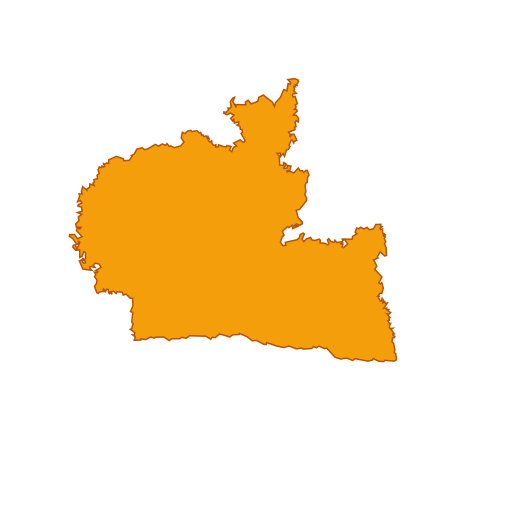 O.R.Tambo, Eastern Cape, South Africa (Albers equal-area conic projection), rotated 49°
{"feature_id": "47623444B2401151093158", "entity_name": "O.R.Tambo", "entity_type": "district", "adm_level": 2, "iso_a3": "ZAF", "parent_name": "South Africa", "parent_adm1": "Eastern Cape", "projection": "albers", "projection_center": [29.004, -31.416], "detail": "fine", "context": "isolated", "style": "filled", "palette": "amber", "viewbox_px": 512, "rotation_deg": 49, "n_neighbors": 0, "source": "geoboundaries", "source_scale": "gbopen_adm2", "svg_char_len": 6133}
<svg xmlns="http://www.w3.org/2000/svg" viewBox="0 0 512 512"><g transform="rotate(49 256 256)"><path d="M150.9,108.8L147.6,110.3L143.7,116.2L148.0,116.2L148.9,117.4L146.9,118.6L151.6,124.3L148.6,125.9L152.3,133.4L153.2,141.1L155.2,143.9L150.5,142.7L139.3,144.9L138.1,149.8L140.5,153.2L138.0,159.9L133.2,159.8L132.9,163.1L135.2,164.5L128.4,172.0L130.9,173.5L124.4,172.2L122.2,168.1L121.6,170.0L122.6,174.1L127.1,176.9L127.4,178.6L126.0,180.1L127.6,180.6L128.0,184.2L126.2,185.8L127.1,186.6L130.5,185.2L131.2,181.6L135.2,180.2L135.5,184.8L138.8,185.1L138.4,183.3L141.5,185.2L143.4,181.0L145.3,183.0L144.7,184.4L147.7,183.1L150.0,184.7L151.3,183.6L153.8,185.1L153.6,186.9L161.7,188.4L162.3,190.1L161.3,191.3L157.9,191.7L156.1,198.9L160.2,198.5L159.2,201.8L161.4,205.8L158.6,206.5L157.0,203.0L153.6,205.3L154.0,206.9L152.3,208.6L147.5,211.4L148.6,212.9L147.2,215.0L145.7,213.3L145.0,215.2L142.7,215.6L139.9,213.9L139.8,216.0L137.9,216.2L137.1,214.5L134.4,213.9L135.4,215.5L132.6,214.9L131.5,217.1L129.8,216.6L129.3,217.8L126.4,216.7L125.7,218.2L122.7,218.3L119.8,223.1L118.5,222.7L116.9,225.1L117.0,229.3L114.3,230.4L117.9,235.0L122.7,235.6L123.5,240.7L120.6,246.6L116.9,248.2L116.4,249.6L112.8,249.4L113.0,251.8L109.9,253.2L109.2,257.4L105.7,258.9L104.0,268.1L102.3,270.4L99.6,270.9L97.2,276.0L99.2,281.0L98.4,284.2L99.4,284.1L100.7,288.8L97.3,293.3L95.5,292.3L89.2,296.1L86.8,304.1L89.5,306.6L87.7,307.7L87.6,310.0L85.5,310.4L89.1,311.3L88.9,312.7L87.0,313.1L87.7,314.9L86.0,315.8L87.3,318.7L90.9,320.1L90.8,323.0L93.7,324.9L92.0,328.2L94.0,329.4L94.0,331.3L96.5,332.0L92.6,334.1L95.0,336.3L94.5,339.4L95.5,340.5L90.0,341.3L92.6,345.3L95.2,346.6L93.0,348.8L95.2,349.9L98.0,355.0L98.9,352.2L101.8,352.6L100.7,356.4L101.4,357.7L104.9,355.6L108.1,358.0L106.1,362.2L110.2,360.2L109.9,364.4L113.1,366.3L113.5,371.1L116.7,372.7L119.4,369.2L120.1,370.9L118.0,372.7L118.9,374.8L127.2,374.6L126.0,379.3L120.6,378.9L117.6,382.7L118.8,384.0L122.4,382.8L129.5,383.6L130.3,382.1L128.5,380.3L130.0,379.9L133.4,386.6L129.1,385.1L128.0,386.8L129.1,388.4L133.3,388.4L135.7,385.1L141.5,389.9L142.1,387.4L139.7,383.3L141.3,382.4L146.3,386.4L145.9,388.2L144.2,388.1L144.5,389.4L148.0,388.2L149.2,389.3L148.3,390.9L144.4,390.4L143.8,392.5L152.3,395.3L159.1,389.3L155.9,389.4L155.0,388.3L158.9,385.0L156.0,384.9L156.0,381.9L159.3,379.7L162.9,380.3L161.7,386.6L163.7,385.5L164.5,386.6L162.2,388.6L165.0,389.1L165.7,391.5L169.8,391.8L172.1,394.4L172.9,397.8L179.2,400.2L180.8,399.6L180.4,397.8L182.9,394.2L180.0,392.4L184.1,393.1L183.2,390.4L184.1,389.5L186.6,391.0L187.4,389.7L188.2,392.1L188.5,389.0L190.6,390.0L188.1,388.6L189.2,386.6L192.6,386.2L191.9,384.3L195.6,380.6L198.4,381.9L199.6,379.0L205.5,378.6L206.9,376.8L212.9,381.6L215.5,387.1L217.8,386.1L224.3,393.1L226.4,393.2L229.2,397.5L228.8,399.0L234.3,397.7L235.8,399.5L234.6,400.8L237.8,400.2L239.7,403.2L243.9,398.0L243.1,397.1L246.8,394.0L247.9,388.7L251.2,386.7L251.3,385.2L256.8,378.6L262.9,377.1L263.2,373.9L268.5,367.7L268.6,365.5L272.4,362.5L272.6,358.5L283.7,346.4L289.1,344.8L288.6,342.6L290.9,340.2L290.9,334.5L300.0,328.9L300.1,325.5L304.2,320.2L303.7,319.2L311.0,315.7L317.5,314.5L320.1,311.0L327.7,308.1L329.4,306.5L328.5,304.7L337.9,299.2L343.5,294.9L345.7,290.1L352.8,286.3L355.3,281.9L357.1,281.6L362.4,274.6L362.1,271.8L364.9,270.8L365.1,267.9L370.9,264.9L371.9,263.1L384.3,262.8L389.4,259.6L392.4,254.6L398.4,251.5L398.4,248.7L408.8,240.5L410.9,236.5L410.3,234.9L416.2,232.2L419.5,228.8L419.2,227.3L426.1,220.5L426.5,218.3L425.0,217.0L421.2,214.6L419.6,215.1L418.1,212.9L412.1,209.4L410.0,209.6L407.3,206.6L408.3,205.6L407.8,204.0L406.0,204.6L404.8,204.0L405.6,202.7L400.2,202.2L400.3,200.2L398.7,202.5L396.2,201.2L395.3,198.6L394.3,199.6L391.2,199.0L392.0,197.4L390.1,196.4L390.5,195.2L385.4,195.2L387.1,194.0L387.0,191.5L383.9,192.3L383.5,190.9L381.9,192.6L381.0,191.5L379.2,194.0L377.7,187.7L376.6,189.5L374.9,188.7L374.6,190.9L373.2,188.9L370.7,188.5L372.3,190.9L371.6,191.8L367.6,190.8L367.2,189.4L366.1,190.6L365.5,186.8L366.8,185.6L363.8,181.0L358.6,178.5L358.6,180.4L357.0,181.1L354.4,174.7L344.0,175.1L342.9,171.5L336.1,169.7L337.6,165.2L336.4,165.2L334.2,159.6L340.5,158.8L341.2,157.1L335.0,152.3L331.1,151.0L330.2,148.6L327.2,147.9L326.1,145.6L324.9,146.7L323.4,145.8L325.4,144.2L321.4,145.2L318.6,142.7L317.6,144.7L316.4,144.1L316.6,141.6L315.4,142.4L314.0,141.0L310.8,144.9L312.5,149.3L311.5,151.7L310.3,153.2L307.2,153.4L306.4,156.8L302.8,158.3L303.0,160.4L301.0,161.6L303.0,165.5L305.3,165.3L304.6,170.3L306.4,172.4L299.8,179.8L301.3,180.2L301.9,178.3L307.1,179.0L307.1,184.6L305.6,185.1L304.2,182.7L302.4,183.9L303.0,181.9L301.7,181.5L298.8,186.2L295.9,186.1L297.0,188.1L294.0,190.1L290.7,189.6L290.6,191.5L294.5,193.0L294.8,194.4L291.0,196.1L288.3,199.1L286.2,197.1L284.6,197.3L283.0,201.4L280.4,203.3L277.8,202.6L276.2,206.6L276.5,210.5L273.6,210.3L271.2,205.1L269.6,205.4L268.8,208.7L270.7,211.4L270.6,214.4L264.9,225.0L267.5,226.3L265.8,229.0L261.5,228.5L258.8,223.7L258.7,221.1L254.7,220.0L254.6,212.9L256.0,212.7L256.7,208.3L259.4,210.3L261.5,203.9L258.2,207.3L258.4,204.3L261.4,202.9L262.1,200.1L260.7,198.7L254.7,199.1L247.9,195.6L249.4,192.5L247.4,181.6L245.3,179.7L241.8,179.0L240.0,176.0L235.0,172.7L233.6,170.5L234.2,169.3L230.4,165.3L229.7,162.8L225.0,161.2L224.1,162.1L224.3,165.2L222.1,164.9L220.6,166.9L217.3,166.4L218.1,173.0L214.2,174.9L212.9,177.4L212.1,176.9L213.5,174.2L211.1,170.6L208.3,172.9L210.1,174.5L208.6,177.2L207.8,177.4L206.9,173.0L205.7,173.0L203.5,173.9L205.7,175.7L203.0,178.5L195.9,172.9L192.3,172.9L194.2,170.2L197.0,172.0L196.4,168.4L199.5,169.1L196.0,163.6L196.8,161.4L195.8,158.5L194.2,158.5L191.7,153.8L192.1,152.6L195.5,153.4L194.7,152.0L195.4,149.2L189.0,147.5L187.7,148.9L188.4,152.6L186.7,150.3L183.9,150.2L186.3,143.6L184.2,142.5L184.7,140.9L180.6,138.7L180.3,136.8L182.6,136.1L179.9,133.5L176.1,133.4L174.0,135.5L173.8,129.8L172.1,129.2L170.5,131.0L169.9,127.9L167.7,127.2L168.3,124.8L161.1,121.8L160.5,123.6L158.6,123.1L157.9,122.0L159.8,118.8L156.0,119.2L155.7,117.7L152.8,116.3L154.3,115.2L152.5,114.0L155.0,112.9L153.4,113.1L152.3,109.7L150.9,108.8Z" fill="#f59e0b" stroke="#b45309" stroke-width="1.5"/></g></svg>